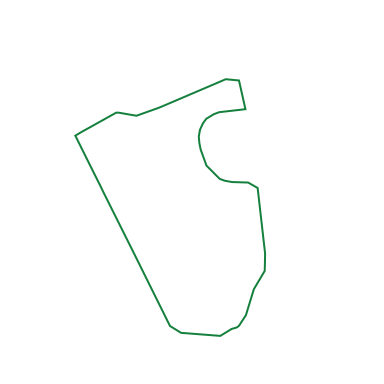 Masaya, Natural Earth projection, rotated 132°
{"feature_id": "NIC-660", "entity_name": "Masaya", "entity_type": "Department", "adm_level": 1, "iso_a3": "NIC", "parent_name": "Nicaragua", "parent_adm1": "", "projection": "natural_earth1", "projection_center": [-86.121, 12.004], "detail": "fine", "context": "isolated", "style": "outline", "palette": "green", "viewbox_px": 384, "rotation_deg": 132, "n_neighbors": 0, "source": "natural_earth", "source_scale": "10m", "svg_char_len": 621}
<svg xmlns="http://www.w3.org/2000/svg" viewBox="0 0 384 384"><g transform="rotate(132 192 192)"><path d="M280.0,74.7L304.0,105.9L306.3,118.7L277.2,192.1L251.4,257.8L248.8,264.1L242.0,281.5L228.2,316.4L222.0,314.5L183.7,301.4L182.0,299.4L172.5,284.3L151.4,272.9L85.6,242.4L77.7,231.7L94.7,207.7L114.5,225.2L119.5,227.8L128.0,230.4L133.7,229.8L140.4,227.7L146.2,224.1L150.6,219.4L154.7,213.9L162.7,198.9L163.7,180.2L161.7,175.2L157.8,168.9L147.4,156.6L145.1,145.9L188.9,96.4L201.9,85.2L222.8,81.0L247.5,69.5L259.7,67.6L262.0,67.9L263.3,68.4L267.2,70.9L280.0,74.7Z" fill="none" stroke="#15803d" stroke-width="2"/></g></svg>